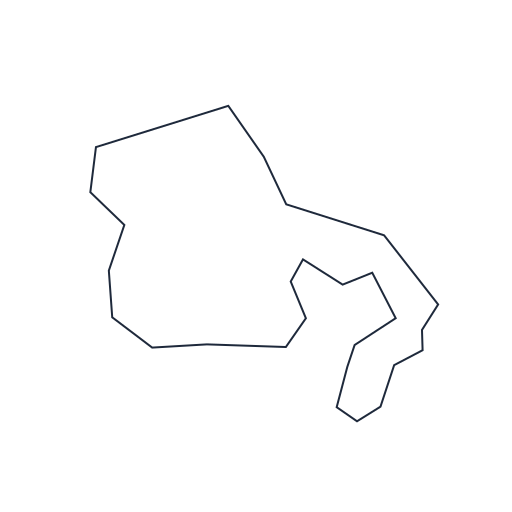 Makati, orthographic projection, rotated 24°
{"feature_id": "PHL-5553", "entity_name": "Makati", "entity_type": "Highly Urbanized City", "adm_level": 1, "iso_a3": "PHL", "parent_name": "Philippines", "parent_adm1": "", "projection": "orthographic", "projection_center": [121.053, 14.551], "detail": "fine", "context": "isolated", "style": "outline", "palette": "slate", "viewbox_px": 512, "rotation_deg": 24, "n_neighbors": 0, "source": "natural_earth", "source_scale": "10m", "svg_char_len": 499}
<svg xmlns="http://www.w3.org/2000/svg" viewBox="0 0 512 512"><g transform="rotate(24 256 256)"><path d="M415.5,365.9L391.2,361.3L384.5,320.1L382.3,297.2L408.9,256.0L369.0,224.0L346.8,246.9L300.3,240.0L298.1,265.2L326.9,292.6L320.3,327.0L247.1,356.7L198.4,381.9L149.6,370.5L127.5,329.2L123.1,281.2L78.7,265.1L65.5,221.6L169.6,130.1L222.8,162.2L262.6,196.5L364.6,185.0L442.1,226.2L437.7,256.0L446.5,274.3L426.6,299.5L431.0,343.0L415.5,365.9Z" fill="none" stroke="#1e293b" stroke-width="2"/></g></svg>